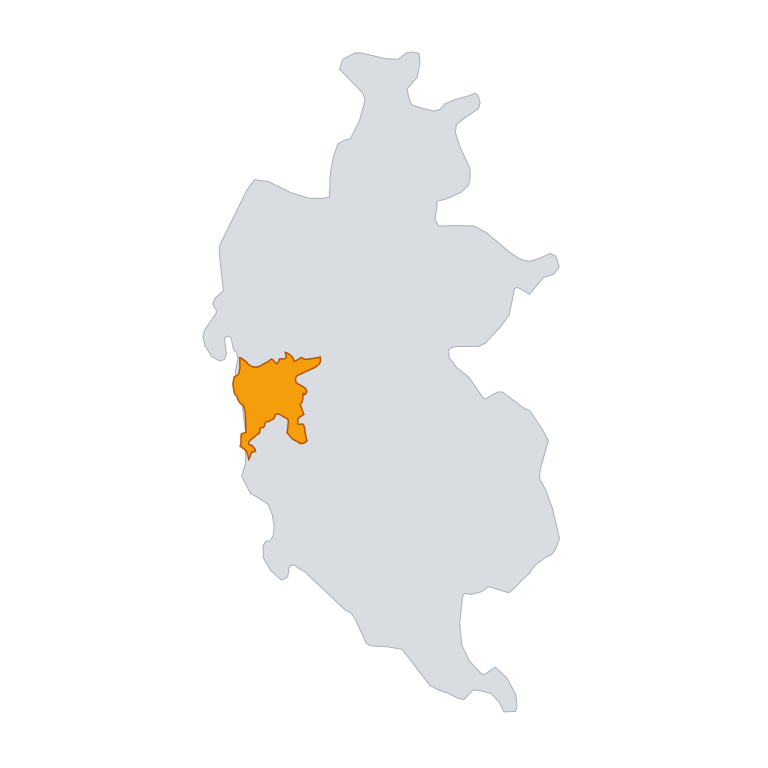 location of Aargau within Switzerland, rotated 268°
{"feature_id": "CHE-162", "entity_name": "Aargau", "entity_type": "Canton", "adm_level": 1, "iso_a3": "CHE", "parent_name": "Switzerland", "parent_adm1": "", "projection": "robinson", "projection_center": [8.112, 47.382], "detail": "fine", "context": "in_parent", "style": "filled", "palette": "amber", "viewbox_px": 768, "rotation_deg": 268, "n_neighbors": 0, "source": "natural_earth", "source_scale": "10m", "svg_char_len": 4618}
<svg xmlns="http://www.w3.org/2000/svg" viewBox="0 0 768 768"><g transform="rotate(268 384 384)"><path d="M577.6,251.1L582.1,253.5L592.7,261.6L590.3,275.5L578.4,297.8L572.2,315.9L571.6,329.7L572.8,336.2L575.0,336.1L586.5,337.1L592.4,337.1L610.9,340.8L625.7,346.3L628.6,352.1L630.6,359.2L648.3,368.8L668.5,375.0L675.4,373.0L700.2,350.5L709.9,354.2L715.9,366.2L715.7,372.6L709.1,396.5L708.0,409.4L714.1,417.9L714.8,424.5L713.1,430.6L703.1,431.1L689.6,427.9L678.1,417.5L669.6,418.7L662.1,421.4L658.4,431.2L655.1,442.9L656.3,449.4L661.7,454.4L665.9,465.1L669.1,478.9L671.4,485.2L668.9,488.0L661.9,489.9L656.0,488.1L645.5,471.5L640.7,465.3L632.6,464.2L618.3,468.2L596.3,477.4L587.5,477.4L579.9,475.5L572.8,467.7L566.7,452.5L564.7,443.1L560.5,443.4L546.4,440.6L539.9,444.4L539.9,459.8L538.8,479.1L531.8,491.5L512.2,513.1L505.1,522.4L502.2,529.2L501.6,535.0L504.7,545.2L508.8,554.9L505.4,560.4L495.0,563.2L487.7,557.4L484.8,546.9L468.8,532.6L476.0,520.7L474.8,517.7L448.5,511.5L437.2,502.5L421.3,486.6L418.3,479.8L418.9,457.7L418.0,452.4L415.9,449.7L408.2,449.9L397.5,457.6L387.7,469.1L367.5,482.0L365.4,484.8L372.1,497.4L371.8,502.3L355.4,522.4L352.2,529.0L331.3,541.6L321.7,546.3L292.7,537.0L284.7,536.0L271.7,542.2L253.3,548.1L223.7,554.0L212.9,549.7L207.8,545.6L205.2,539.5L197.8,528.8L189.5,522.4L183.7,515.5L176.0,507.9L171.0,501.5L177.8,481.2L173.0,474.1L170.6,463.9L171.9,457.0L169.3,455.3L142.7,451.3L120.5,452.6L104.6,459.4L91.6,470.6L90.0,473.1L90.8,475.1L97.1,485.5L86.1,496.4L69.3,504.8L57.4,505.7L52.2,504.1L52.1,492.4L62.0,488.1L70.9,480.4L74.0,469.7L75.2,462.2L65.9,453.0L67.1,447.4L73.0,436.8L76.5,427.5L81.2,419.3L99.7,406.1L118.3,392.7L121.2,378.6L122.8,361.3L125.4,357.2L150.4,346.9L156.6,342.8L159.8,336.9L179.5,317.6L199.0,298.4L202.9,292.0L206.2,288.2L206.2,285.1L203.8,282.7L194.6,281.1L191.5,275.0L201.6,264.2L214.1,257.5L226.3,257.4L231.1,260.5L230.9,264.1L236.1,267.9L245.3,269.2L256.7,267.9L268.0,263.8L275.0,254.1L279.1,246.8L296.9,238.5L309.0,242.7L342.7,243.8L367.2,241.5L382.6,235.8L401.6,235.8L414.4,239.0L416.6,238.6L420.2,237.8L423.6,234.8L435.7,232.7L437.3,230.2L436.8,227.6L434.6,226.2L419.8,227.6L414.2,225.6L412.7,220.9L417.4,212.9L428.3,206.4L437.5,204.8L444.2,206.5L460.4,218.7L464.3,219.0L466.6,216.9L469.9,215.6L475.5,218.0L481.9,225.6L482.9,226.7L519.1,224.1L527.3,224.1L551.9,237.3L577.6,251.1Z" fill="#d9dde1" stroke="#a8b0b8" stroke-width="1"/><path d="M390.3,233.1L394.1,234.1L395.8,234.2L396.6,235.0L397.4,236.8L398.5,238.6L399.9,239.4L405.5,240.6L414.9,240.7L415.3,240.6L415.1,241.7L411.7,246.4L408.5,249.1L406.1,252.4L405.4,255.9L405.3,257.8L406.1,260.4L409.3,266.3L410.4,269.1L412.4,271.4L412.8,272.0L412.2,273.6L408.3,277.0L408.0,278.0L408.4,278.4L409.3,279.0L412.1,280.2L412.8,280.9L412.8,282.0L412.5,284.0L412.5,284.6L412.6,285.2L412.9,285.9L414.6,287.5L419.0,286.4L418.6,288.1L417.2,290.1L414.5,293.2L412.0,294.5L411.0,294.8L410.6,294.9L410.1,294.9L409.7,295.0L410.1,296.4L413.4,302.4L411.5,305.6L411.4,306.1L411.3,307.2L412.1,315.0L413.2,321.4L408.9,321.3L407.1,320.5L406.3,319.9L405.2,318.8L403.6,316.6L403.0,315.7L398.1,303.7L397.0,301.6L396.4,300.1L395.9,298.3L395.1,297.2L394.2,296.5L391.8,295.7L389.3,295.9L386.8,298.3L386.2,299.8L382.8,304.9L380.4,306.4L379.1,306.5L378.1,306.2L377.4,305.8L376.9,305.3L376.6,305.0L376.4,304.4L376.1,304.0L376.1,303.8L376.3,303.6L377.4,303.2L377.0,302.9L375.7,302.5L371.7,302.3L368.7,301.5L366.5,299.5L356.4,302.9L353.1,297.4L350.8,296.6L347.7,296.6L347.1,296.7L346.8,296.9L346.7,297.4L346.7,298.9L346.9,300.5L346.8,301.1L346.7,301.5L346.4,301.9L345.8,302.2L342.1,303.4L338.7,303.4L329.7,305.0L327.8,302.2L327.6,301.7L327.3,298.1L328.4,296.9L332.0,290.9L332.4,290.4L338.9,285.3L340.0,285.5L341.3,286.0L350.7,287.2L351.7,286.7L352.9,286.0L354.9,282.0L356.6,279.9L357.7,277.8L357.5,274.3L355.7,273.9L354.2,273.2L352.9,272.1L352.3,271.3L351.6,268.7L350.6,268.2L350.5,266.6L350.6,266.2L350.6,265.6L350.3,265.0L349.0,263.7L346.8,263.3L344.9,262.3L344.8,261.9L344.6,261.2L344.6,258.6L340.1,258.2L338.8,257.3L338.2,255.9L333.9,250.4L333.3,249.1L332.4,248.5L331.3,247.2L329.2,246.7L328.3,246.8L327.9,247.1L327.7,247.8L327.6,249.0L327.5,249.6L327.1,250.1L323.4,252.9L321.4,253.2L321.0,252.5L320.7,251.5L320.6,250.4L320.7,249.5L320.2,249.1L319.8,248.9L319.1,248.8L313.8,246.6L313.3,246.2L319.1,245.2L321.9,243.9L324.2,241.5L326.9,238.0L329.0,238.9L338.4,239.4L339.3,240.1L339.8,241.9L340.1,243.6L340.5,244.4L359.6,244.4L366.2,243.1L367.7,242.3L368.3,241.5L368.9,240.6L370.2,239.4L371.4,238.6L374.5,237.1L377.2,236.4L378.2,235.5L379.0,234.6L379.7,234.2L387.7,233.1L390.3,233.1Z" fill="#f59e0b" stroke="#b45309" stroke-width="1.5"/></g></svg>